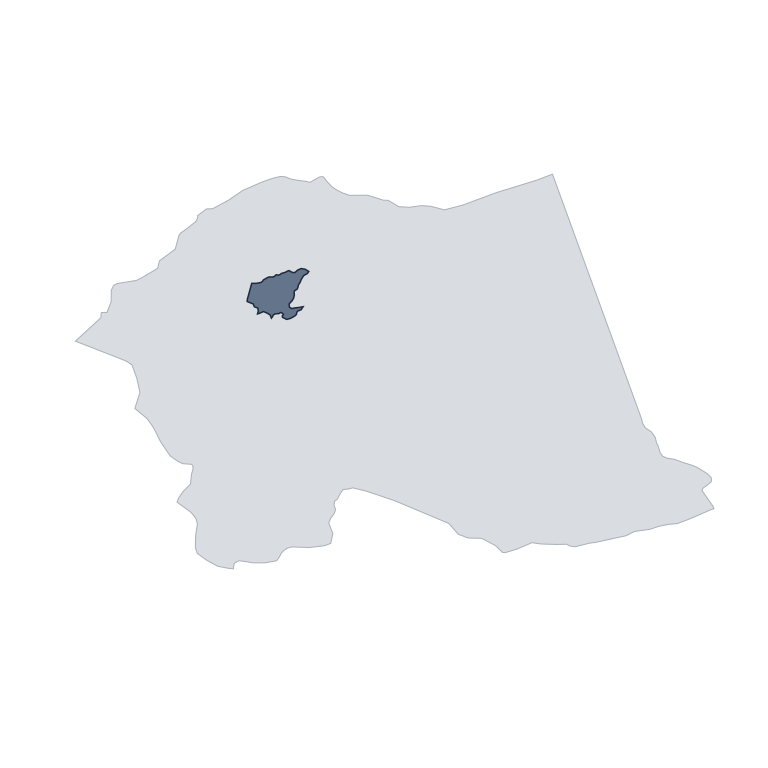 location of Amuria within Uganda, rotated 250°
{"feature_id": "UGA-3124", "entity_name": "Amuria", "entity_type": "District", "adm_level": 1, "iso_a3": "UGA", "parent_name": "Uganda", "parent_adm1": "", "projection": "robinson", "projection_center": [33.651, 2.061], "detail": "fine", "context": "in_parent", "style": "filled", "palette": "slate", "viewbox_px": 768, "rotation_deg": 250, "n_neighbors": 0, "source": "natural_earth", "source_scale": "10m", "svg_char_len": 3341}
<svg xmlns="http://www.w3.org/2000/svg" viewBox="0 0 768 768"><g transform="rotate(250 384 384)"><path d="M523.6,614.1L514.3,614.1L499.1,614.1L483.9,614.1L468.7,614.1L453.5,614.1L438.3,614.1L423.1,614.1L407.9,614.1L392.7,614.1L377.5,614.1L362.3,614.1L347.1,614.1L331.9,614.1L316.7,614.1L301.6,614.1L286.4,614.1L271.2,614.1L262.2,614.1L260.4,613.8L259.1,613.4L253.4,614.6L247.5,618.9L241.2,620.6L234.4,619.9L233.6,620.4L230.2,620.3L225.2,620.0L220.8,621.1L217.4,624.8L213.9,631.2L207.7,638.5L202.8,645.0L198.7,649.6L189.2,657.1L184.1,659.4L181.5,659.0L179.9,657.6L176.9,647.9L175.1,646.4L156.7,651.3L153.9,651.4L154.1,648.4L152.7,625.6L152.5,611.7L154.9,603.0L156.3,592.9L156.5,584.0L159.8,568.9L158.6,559.8L162.9,528.1L164.1,522.9L165.8,507.6L168.5,502.8L170.9,501.0L174.1,491.6L180.1,476.5L184.3,468.8L183.4,451.9L184.1,440.4L185.1,437.8L194.0,433.5L205.6,422.9L210.5,410.4L217.4,402.4L230.8,397.2L270.6,354.2L289.1,331.1L297.1,319.2L297.4,315.0L298.9,309.4L295.7,305.0L291.9,301.0L290.6,297.4L287.3,295.6L282.6,295.6L279.4,293.0L275.9,287.8L272.3,284.5L261.0,284.8L252.4,279.4L252.5,272.2L255.9,257.9L262.5,241.5L262.8,237.0L261.9,233.2L260.3,229.9L257.3,226.6L254.6,222.7L256.7,210.9L260.9,199.4L264.3,193.6L267.6,187.2L266.7,181.9L261.8,179.2L264.4,174.1L269.6,165.4L279.7,156.6L288.6,150.7L294.6,150.7L306.2,155.3L316.6,160.9L322.4,161.2L329.3,158.8L343.8,149.1L347.3,152.2L351.5,158.1L356.1,167.9L365.2,172.4L369.5,175.5L372.6,176.4L374.4,175.6L377.8,167.9L382.0,163.7L389.7,158.4L406.7,154.2L418.9,152.9L424.0,152.0L432.6,149.5L446.2,141.5L459.6,151.8L474.1,153.7L488.2,153.7L492.5,150.6L495.0,148.2L509.8,131.4L529.8,108.6L543.1,140.7L547.7,142.6L547.1,145.4L545.9,148.1L554.7,155.8L565.4,159.8L569.2,163.8L569.6,168.1L566.0,186.8L566.6,192.1L570.1,210.9L576.5,215.1L582.2,234.0L593.6,242.0L595.3,244.3L597.9,253.5L601.4,263.5L604.2,265.9L605.9,266.4L609.2,277.1L607.3,283.1L610.0,301.2L614.2,317.5L615.4,336.9L615.5,345.4L615.3,350.7L614.4,358.0L612.3,362.3L608.6,366.4L604.6,373.0L601.1,380.0L598.8,383.4L600.6,393.9L600.1,396.6L599.2,398.0L594.0,399.6L587.4,402.4L583.3,405.2L577.6,410.5L573.0,416.2L567.0,433.2L556.9,446.3L555.2,450.7L545.6,458.5L541.4,468.2L538.8,480.1L535.1,488.6L527.0,500.3L525.2,518.7L525.4,555.6L523.3,597.6L523.6,614.1Z" fill="#d9dde1" stroke="#a8b0b8" stroke-width="1"/><path d="M484.3,334.4L482.1,331.5L482.0,327.6L480.9,326.4L479.3,325.5L478.5,323.6L478.1,321.7L477.6,318.5L478.0,314.6L481.4,311.4L482.8,311.7L483.7,313.3L485.4,312.7L486.6,311.1L486.3,310.2L486.1,309.1L486.4,308.3L486.7,307.5L487.1,305.3L486.6,303.4L485.3,302.2L484.4,300.7L487.8,300.6L490.8,298.2L493.3,295.5L493.0,291.6L493.1,289.1L495.6,290.8L498.5,291.4L500.9,288.6L503.9,288.5L508.3,283.6L510.4,284.6L523.8,294.1L522.2,298.6L521.5,303.2L522.0,304.9L523.0,306.1L523.8,310.4L523.9,312.6L523.1,314.7L522.5,316.4L522.7,318.2L523.3,319.2L523.5,320.2L522.9,321.1L522.4,322.1L522.4,323.7L523.0,325.2L522.7,329.6L523.1,331.6L523.1,333.5L520.2,336.0L519.2,338.5L520.6,341.8L520.8,345.7L518.8,349.2L515.5,351.8L514.6,350.6L513.9,349.5L513.7,347.4L513.2,345.4L510.7,342.2L507.8,339.5L507.0,338.3L506.2,337.3L504.4,336.3L502.8,334.8L502.5,333.1L501.9,331.4L500.2,330.7L498.3,330.2L495.5,328.4L493.4,325.7L491.8,322.3L488.5,321.4L486.4,323.2L486.0,326.3L485.0,330.3L484.3,334.4Z" fill="#64748b" stroke="#1e293b" stroke-width="1.5"/></g></svg>